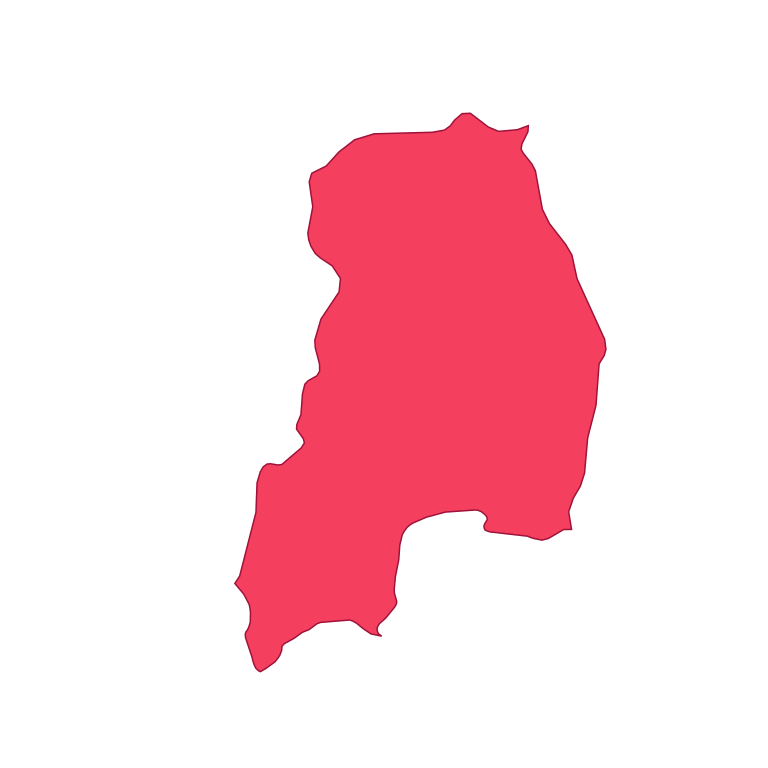 Parma, Equal Earth projection, rotated 328°
{"feature_id": "ITA-5360", "entity_name": "Parma", "entity_type": "Province", "adm_level": 1, "iso_a3": "ITA", "parent_name": "Italy", "parent_adm1": "", "projection": "equal_earth", "projection_center": [9.894, 44.694], "detail": "fine", "context": "isolated", "style": "filled", "palette": "rose", "viewbox_px": 768, "rotation_deg": 328, "n_neighbors": 0, "source": "natural_earth", "source_scale": "10m", "svg_char_len": 1971}
<svg xmlns="http://www.w3.org/2000/svg" viewBox="0 0 768 768"><g transform="rotate(328 384 384)"><path d="M331.5,341.5L336.2,339.0L339.9,332.9L344.9,316.9L348.6,310.1L365.0,295.5L394.7,282.1L403.0,271.4L402.7,256.4L396.9,243.6L394.9,237.0L395.0,228.6L396.6,221.7L399.4,215.6L417.5,196.0L427.7,172.9L434.4,167.0L450.5,168.5L468.9,163.3L488.6,161.3L508.2,166.6L558.3,196.1L569.8,200.7L577.0,200.2L583.7,197.6L593.5,196.1L600.7,200.2L608.6,221.3L615.1,230.5L631.8,239.0L643.3,241.4L639.8,246.3L628.2,253.5L624.7,257.5L624.4,262.1L626.0,275.9L625.4,283.3L610.9,319.8L609.3,335.6L612.0,361.7L611.7,374.2L603.5,397.0L594.8,463.0L590.6,472.2L585.9,476.5L577.1,480.9L552.5,514.4L528.2,537.6L506.9,565.8L496.5,574.6L484.1,581.1L472.9,590.2L466.0,606.7L459.2,602.6L441.5,602.1L435.2,600.1L429.1,594.3L426.4,591.1L425.3,589.3L395.5,565.6L392.4,561.7L392.5,559.5L393.4,557.5L395.0,556.1L399.8,553.6L400.6,551.9L400.7,549.1L398.9,543.9L397.0,541.2L394.8,539.3L368.3,525.2L349.3,519.4L334.6,517.2L330.9,517.3L327.8,517.8L323.5,519.4L319.6,521.5L312.1,528.9L303.2,541.1L291.4,553.6L283.7,563.8L282.6,565.7L281.7,567.9L279.7,574.8L278.5,576.6L276.7,577.9L274.7,578.9L261.1,583.5L253.2,584.8L251.1,585.8L249.2,587.0L247.9,588.8L247.2,590.9L247.0,592.9L248.4,596.6L240.5,589.0L236.7,580.4L233.9,572.2L231.8,568.4L229.7,565.9L203.9,552.6L200.2,551.8L190.2,552.6L183.3,551.3L173.4,552.0L161.9,551.4L158.7,552.2L156.0,555.7L153.7,557.5L151.6,559.0L149.6,559.9L144.3,561.9L133.2,562.6L126.8,562.5L125.6,560.7L124.7,557.2L125.1,553.4L125.8,550.3L127.4,545.4L132.0,526.3L132.9,524.2L134.0,522.3L135.7,521.0L137.9,520.2L140.9,518.2L144.4,515.1L149.5,507.3L151.7,502.8L152.9,499.1L153.7,487.9L151.8,474.1L159.8,470.4L207.4,425.0L224.0,400.5L232.6,392.9L237.6,390.3L242.4,389.9L245.5,391.5L251.3,396.6L254.6,398.1L279.7,394.4L285.3,391.8L286.6,387.4L285.9,375.9L288.7,372.1L297.4,365.9L309.5,349.3L316.8,342.2L321.5,341.0L331.5,341.5Z" fill="#f43f5e" stroke="#9f1239" stroke-width="1.5"/></g></svg>